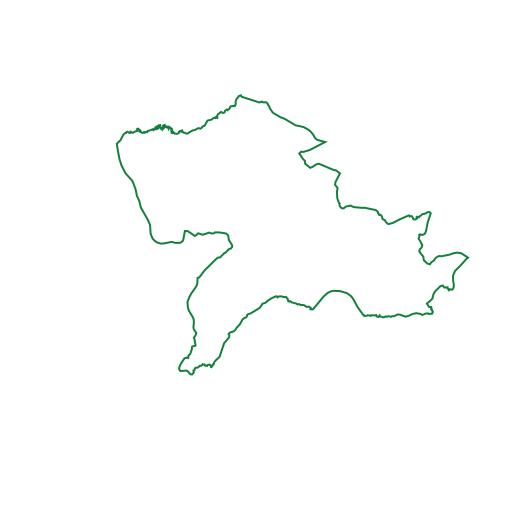 Xay, Oudômxai, Laos (Natural Earth projection), rotated 216°
{"feature_id": "54806243B51334446972135", "entity_name": "Xay", "entity_type": "district", "adm_level": 2, "iso_a3": "LAO", "parent_name": "Laos", "parent_adm1": "Oudômxai", "projection": "natural_earth1", "projection_center": [101.969, 20.735], "detail": "fine", "context": "isolated", "style": "outline", "palette": "green", "viewbox_px": 512, "rotation_deg": 216, "n_neighbors": 0, "source": "geoboundaries", "source_scale": "gbopen_adm2", "svg_char_len": 6119}
<svg xmlns="http://www.w3.org/2000/svg" viewBox="0 0 512 512"><g transform="rotate(216 256 256)"><path d="M267.0,388.9L274.7,386.0L277.6,386.1L281.3,387.9L285.8,388.9L289.5,388.8L293.3,388.3L300.8,385.0L313.5,383.8L318.1,382.6L324.6,382.0L326.9,381.9L331.2,383.5L334.3,385.3L335.4,385.4L336.1,386.1L338.4,386.3L339.8,384.9L341.3,384.2L341.9,384.5L343.5,382.2L361.2,376.4L362.0,376.6L362.4,377.1L362.9,376.9L363.9,375.2L363.8,373.3L364.1,371.7L363.1,368.6L361.7,367.0L361.2,364.9L363.0,363.8L363.1,363.3L364.3,362.5L364.6,361.7L364.1,360.4L364.1,358.9L364.8,358.0L364.7,357.3L365.7,357.3L366.4,355.2L365.9,354.0L366.1,353.1L366.8,352.3L369.0,352.0L370.1,348.1L369.7,346.2L368.8,345.6L368.5,345.0L370.1,344.7L369.9,343.7L370.9,343.4L371.7,342.0L372.0,340.4L374.8,337.1L374.2,331.6L374.3,330.9L375.4,329.2L375.2,328.2L375.8,326.3L377.6,325.7L378.3,324.8L379.4,322.1L381.1,320.3L382.9,316.4L383.1,315.1L384.2,314.2L386.1,313.8L387.1,313.2L387.9,313.2L389.5,314.2L390.1,313.3L389.8,312.5L391.1,312.3L391.3,311.3L390.7,310.0L391.7,308.4L393.7,307.3L395.6,307.7L395.0,306.9L395.5,306.5L396.1,306.9L396.1,306.2L396.4,306.0L397.4,306.6L397.6,307.1L397.0,307.3L397.4,307.9L398.5,308.1L398.2,308.8L398.5,309.3L400.5,309.5L400.7,308.6L401.3,308.5L402.1,309.3L402.4,308.7L402.1,308.0L403.1,308.7L403.4,307.9L404.2,308.2L404.4,307.5L405.0,307.3L405.5,307.6L405.6,306.6L406.4,308.1L406.9,308.3L407.8,306.9L407.7,306.3L407.3,306.0L406.5,306.7L406.6,306.1L405.9,305.6L406.4,304.9L406.4,304.2L407.4,304.8L407.6,304.4L406.4,303.7L406.3,303.2L407.5,303.8L407.9,303.1L409.0,303.8L409.5,303.4L410.1,303.8L410.2,305.3L410.6,305.6L411.5,304.6L411.4,303.7L412.4,302.6L412.9,300.8L412.5,300.7L412.0,301.4L410.6,301.9L410.2,301.9L410.2,301.5L411.0,300.4L412.0,300.1L411.6,299.6L412.8,299.0L412.8,297.6L413.5,297.5L414.1,297.9L415.2,295.8L417.2,293.4L416.8,292.2L419.1,290.7L418.8,290.2L419.6,290.0L420.0,289.0L421.5,288.5L422.8,289.2L423.1,288.3L423.7,288.3L424.4,289.7L426.5,289.6L426.8,288.8L425.6,287.3L427.0,285.6L428.0,283.3L430.2,282.9L429.8,282.2L430.4,281.3L431.2,281.5L431.5,281.1L433.0,281.0L433.5,280.3L433.5,279.2L434.1,278.9L434.6,276.0L433.7,270.0L434.6,264.9L424.2,254.8L418.5,250.5L410.5,246.3L400.0,244.0L392.9,239.4L387.6,234.6L383.0,232.1L377.6,227.5L364.6,221.6L359.9,218.8L354.9,212.7L353.2,211.3L349.6,209.2L346.1,208.7L344.0,208.8L340.3,210.1L337.6,212.3L332.6,217.8L329.0,219.2L325.5,221.7L324.7,222.8L324.1,225.3L324.5,226.6L328.2,234.4L325.8,236.0L317.3,236.3L316.8,237.1L316.1,240.4L311.7,241.8L307.5,247.5L305.0,248.2L303.4,249.6L303.2,250.9L299.6,253.5L293.5,256.6L292.0,256.5L290.6,256.3L287.5,253.1L281.7,250.7L280.6,249.4L280.8,247.0L281.9,245.9L282.5,241.2L283.3,239.7L284.3,233.6L286.1,232.1L289.1,214.5L289.3,205.3L290.4,204.0L287.1,198.8L286.4,195.9L286.3,187.1L285.7,183.3L284.4,178.5L280.7,174.2L278.1,172.3L270.8,169.2L268.9,167.8L267.1,165.6L264.7,161.5L263.3,160.2L258.9,158.5L258.2,155.7L258.3,153.5L256.6,152.3L252.5,148.3L252.3,147.8L254.2,145.6L254.4,144.8L253.2,143.0L252.0,139.4L251.6,138.0L252.1,135.8L250.9,133.6L252.6,132.8L253.7,131.1L253.5,125.0L252.7,121.1L251.8,119.3L249.5,118.5L245.2,122.2L244.1,122.7L239.4,121.8L238.1,122.6L237.8,125.2L239.1,126.2L239.3,126.8L238.7,127.8L239.4,129.2L238.9,130.5L237.7,131.2L237.2,132.4L237.0,134.1L235.9,134.9L235.5,135.9L235.5,137.1L234.7,137.2L233.8,138.0L233.0,137.4L231.0,138.2L231.1,139.3L229.7,140.9L227.9,140.8L227.4,139.8L226.8,139.8L226.7,140.9L227.0,141.5L226.5,143.0L227.1,143.4L227.0,144.8L227.5,146.3L226.2,152.9L230.5,166.6L230.0,174.4L231.1,176.3L232.2,176.7L232.3,177.5L231.8,179.3L230.5,180.7L229.5,182.7L229.3,184.2L229.5,186.7L228.9,191.3L229.6,196.8L228.8,199.4L228.0,200.4L227.8,201.3L228.5,203.0L228.4,203.9L226.5,206.6L222.4,216.4L222.7,221.2L220.9,223.6L220.1,226.9L218.7,230.7L216.2,235.2L214.3,235.2L214.4,236.1L211.6,238.4L210.0,238.8L207.2,240.6L206.2,240.0L205.0,239.9L203.6,238.5L202.3,238.6L202.1,239.4L201.1,239.6L199.5,239.6L195.3,241.3L193.9,241.1L193.1,242.3L191.1,242.6L188.5,244.4L185.1,244.6L183.4,246.2L181.2,246.2L180.7,244.9L180.4,244.9L178.5,246.4L177.5,262.9L176.4,268.1L174.8,271.1L173.3,273.0L167.6,276.9L160.6,279.4L155.5,279.4L152.2,278.4L143.8,274.4L134.8,271.4L134.0,271.6L133.3,271.1L131.5,272.5L130.8,273.6L129.2,274.6L128.0,274.9L127.7,276.0L124.8,277.9L124.0,278.9L122.8,278.1L121.5,278.4L121.0,278.8L121.1,280.6L120.0,280.1L116.6,281.4L115.7,283.3L114.5,283.6L113.7,285.0L110.9,286.3L110.6,287.2L108.9,288.5L107.0,292.0L105.4,293.0L99.4,294.8L97.2,297.5L95.4,300.9L92.8,303.9L88.9,305.8L86.8,306.0L84.9,309.2L82.9,310.8L81.7,310.8L81.3,311.5L79.7,312.7L80.0,314.6L80.4,315.1L81.6,315.3L82.3,316.2L83.0,315.9L84.2,317.7L85.6,316.7L86.3,316.6L89.8,318.0L88.5,323.2L88.3,325.8L88.9,326.6L90.1,329.9L90.2,333.4L89.1,339.9L87.5,341.9L85.2,341.1L82.7,343.2L82.0,342.3L81.3,342.6L79.9,341.6L79.6,342.2L79.7,343.0L77.5,344.0L77.4,345.6L77.9,347.3L78.9,348.8L82.0,351.9L84.9,355.6L86.2,360.8L84.9,369.0L84.0,377.7L83.5,379.3L91.5,378.9L95.5,376.8L98.1,374.0L100.0,371.1L105.8,364.8L108.0,363.5L109.5,360.3L109.4,356.9L110.5,353.9L110.4,351.6L112.9,350.6L117.7,351.2L120.4,353.9L123.9,354.7L126.8,355.9L127.4,357.8L127.0,360.1L127.8,362.5L131.7,364.5L134.6,365.5L135.6,368.5L136.4,369.0L135.8,370.1L134.3,370.5L133.2,371.6L132.5,373.3L133.0,375.9L136.9,384.3L139.7,393.2L140.6,393.5L141.8,393.4L142.7,392.5L144.5,389.1L146.0,387.6L146.4,385.4L146.9,384.7L146.9,383.1L148.9,382.4L149.0,381.9L148.0,381.4L147.8,380.8L148.6,379.1L150.2,378.3L151.2,379.0L153.6,379.8L154.9,378.3L155.8,378.9L156.4,378.4L161.1,370.4L164.9,362.9L167.6,359.7L168.6,359.5L171.3,359.9L172.5,360.7L175.4,360.3L177.2,361.8L178.7,362.5L179.9,362.4L180.5,361.6L182.2,362.6L182.6,362.5L183.3,363.4L186.3,363.5L196.6,358.8L198.2,357.5L205.8,352.9L209.0,352.5L212.4,348.7L213.1,345.9L215.1,345.0L216.7,345.3L218.4,346.3L219.1,347.6L220.1,347.7L224.3,350.6L228.6,355.9L229.8,358.9L233.9,360.1L235.2,362.6L236.6,372.2L241.5,372.3L244.3,371.1L259.4,367.6L261.4,365.0L262.5,361.6L264.0,359.2L270.6,359.6L272.0,361.6L274.9,362.1L281.3,364.4L280.7,367.0L278.9,368.0L274.9,373.2L267.0,388.9Z" fill="none" stroke="#15803d" stroke-width="2"/></g></svg>